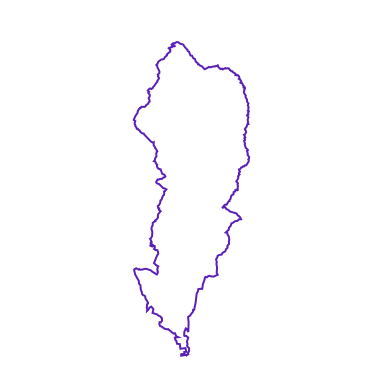 Gura Calitei, Vrancea, Romania, rotated 59°
{"feature_id": "2599482B12509876512521", "entity_name": "Gura Calitei", "entity_type": "district", "adm_level": 2, "iso_a3": "ROU", "parent_name": "Romania", "parent_adm1": "Vrancea", "projection": "natural_earth1", "projection_center": [26.933, 45.627], "detail": "fine", "context": "isolated", "style": "outline", "palette": "violet", "viewbox_px": 384, "rotation_deg": 59, "n_neighbors": 0, "source": "geoboundaries", "source_scale": "gbopen_adm2", "svg_char_len": 6024}
<svg xmlns="http://www.w3.org/2000/svg" viewBox="0 0 384 384"><g transform="rotate(59 192 192)"><path d="M326.7,285.6L328.8,280.6L329.2,280.7L329.1,278.7L327.8,278.6L327.2,276.9L325.2,275.3L323.9,275.0L322.0,275.6L321.3,275.4L320.0,274.1L317.6,273.4L314.9,270.2L312.2,271.2L311.7,272.4L311.2,272.7L308.0,270.7L305.7,267.6L306.7,267.0L309.3,267.3L309.4,266.8L302.6,262.4L297.0,259.6L297.0,257.1L296.4,256.4L295.1,252.7L293.6,251.8L294.1,251.1L293.9,250.6L288.6,245.8L281.6,240.4L280.0,237.9L278.5,236.7L279.3,234.5L280.3,233.4L280.2,233.0L276.9,230.4L273.6,226.4L272.1,225.1L271.7,224.2L272.8,223.2L272.5,221.5L272.8,220.1L273.7,219.6L275.6,217.2L276.2,212.6L274.1,212.5L269.6,209.4L266.2,208.1L264.9,206.9L262.0,206.0L261.3,204.3L259.9,202.9L260.0,201.0L260.9,198.9L259.9,197.1L260.0,194.1L258.5,192.2L258.3,190.7L257.8,190.0L256.8,189.8L256.1,188.7L255.7,187.1L253.4,185.9L251.9,184.5L249.3,183.4L246.9,183.5L245.1,182.8L244.1,183.9L243.2,179.8L241.7,178.7L240.9,176.2L239.2,174.3L239.5,173.0L239.2,169.9L240.0,168.4L240.1,167.5L239.6,166.1L240.6,164.0L238.7,163.8L236.3,164.3L235.9,164.8L233.3,164.9L228.4,169.4L225.9,170.2L224.4,171.3L222.1,171.4L221.3,173.7L220.9,173.7L220.9,173.0L220.2,171.7L219.9,170.2L220.7,168.8L219.2,166.2L218.9,165.3L219.1,164.5L218.4,164.2L217.8,162.6L215.8,160.7L215.2,159.3L215.4,157.6L213.6,156.5L213.5,155.2L213.8,154.7L212.6,153.6L212.9,152.7L213.9,152.1L213.9,151.8L211.3,150.3L210.8,149.7L209.0,149.1L208.2,148.1L205.8,148.6L204.1,145.4L202.9,144.4L202.2,144.4L201.4,142.2L200.8,142.5L199.9,142.0L199.3,140.4L198.6,140.6L196.9,140.1L197.2,139.5L196.8,137.9L196.3,137.2L196.6,136.2L196.3,134.9L196.9,134.3L196.4,133.0L197.1,131.8L195.0,127.7L193.8,126.9L193.0,126.9L192.9,126.2L191.6,125.0L188.6,125.2L187.8,124.4L185.1,123.7L185.1,122.7L184.4,122.4L181.9,123.2L178.6,122.4L177.8,121.7L174.8,120.9L174.7,119.8L174.1,119.3L172.8,119.4L172.5,118.1L169.8,118.0L170.0,117.0L168.5,114.7L166.5,114.2L165.7,114.5L165.0,113.9L164.2,111.6L162.5,109.7L162.9,108.7L161.1,108.3L160.8,107.7L159.5,107.5L158.2,106.6L157.0,105.1L155.7,104.9L154.8,105.5L154.2,104.6L154.3,103.6L153.1,103.2L152.3,101.9L151.1,102.3L150.9,101.5L149.3,100.7L148.6,99.9L146.4,99.5L145.1,98.0L143.0,98.3L140.8,97.2L138.9,97.3L137.6,96.9L137.0,96.2L134.3,96.4L132.9,96.0L132.3,95.1L131.4,94.8L130.7,93.4L129.5,92.8L129.2,93.1L129.4,93.7L129.1,94.0L128.5,93.9L127.6,93.0L126.2,93.4L125.4,93.0L124.1,93.1L123.8,93.9L123.2,94.2L122.3,92.8L121.2,92.7L119.2,93.6L119.0,92.6L116.4,92.2L115.3,92.7L115.2,93.4L114.4,93.5L114.1,94.5L113.5,94.0L112.6,94.0L110.1,95.3L109.3,95.2L108.7,96.1L107.5,96.3L106.9,96.8L105.2,96.7L104.2,97.8L103.8,99.2L103.0,99.5L102.8,102.1L102.1,102.4L102.3,103.0L101.5,103.4L101.2,104.4L100.4,104.4L98.6,105.1L96.7,104.7L96.8,105.9L96.3,106.5L96.2,107.9L95.6,108.5L94.4,112.4L93.5,113.0L93.5,116.9L93.2,118.0L89.5,118.7L87.4,120.2L86.4,120.2L85.7,121.1L84.3,120.7L83.3,121.3L82.1,121.6L79.4,121.0L78.1,122.0L75.2,121.8L74.1,123.0L70.2,122.3L69.0,123.0L67.8,122.7L64.2,123.5L61.4,123.6L60.5,124.0L58.9,125.7L56.4,126.7L55.5,128.2L55.7,130.1L54.8,131.3L55.1,133.4L55.9,133.2L57.5,131.6L58.1,131.7L58.0,132.3L57.3,133.1L57.5,134.2L56.7,134.3L57.2,135.9L57.1,136.8L56.6,137.2L56.7,137.9L58.6,137.3L58.9,137.8L60.1,137.9L60.4,138.4L61.1,142.8L62.0,143.1L62.5,146.0L63.4,147.2L63.2,148.9L62.6,150.2L62.8,152.4L63.1,154.0L64.2,155.4L64.7,157.1L65.9,156.8L66.7,157.3L71.8,157.8L73.2,158.7L73.8,160.9L74.8,160.9L75.5,161.7L77.2,161.5L77.9,162.2L78.8,164.4L79.6,164.9L80.5,167.5L81.6,169.6L82.0,171.2L82.7,172.2L82.8,173.8L81.7,174.5L81.6,175.7L82.3,177.7L84.2,177.2L84.5,178.4L87.2,178.2L88.5,179.3L89.2,180.9L91.4,181.1L92.7,181.8L92.7,182.8L93.7,183.9L93.9,186.5L94.7,187.9L94.6,188.9L92.9,191.5L93.5,192.8L93.2,193.3L93.6,193.7L93.5,194.6L94.9,197.0L96.1,197.9L97.8,201.5L100.2,204.8L102.1,204.1L103.0,205.4L104.6,206.2L105.2,206.0L106.4,206.7L107.5,206.4L109.4,206.8L109.9,205.9L111.4,205.9L112.1,205.2L113.9,205.3L115.6,204.7L117.2,203.2L117.9,203.4L127.7,201.2L129.7,200.0L129.7,199.2L132.2,200.8L134.3,200.6L135.4,201.0L136.6,200.6L139.1,200.8L139.0,201.3L139.8,201.7L140.5,202.8L143.2,204.2L144.0,206.1L145.8,207.7L146.0,208.7L147.3,207.8L149.1,208.2L150.7,207.8L152.0,208.9L154.1,209.0L155.2,208.4L155.5,207.9L156.1,207.8L156.4,207.2L161.0,208.2L163.1,206.7L164.9,206.8L165.3,207.9L164.8,209.1L165.3,210.9L164.3,212.8L164.3,214.1L163.5,215.1L165.1,217.7L166.4,217.6L168.3,216.1L173.8,214.7L174.7,213.7L176.5,212.6L177.3,214.8L177.2,215.7L179.0,216.6L180.2,217.8L180.3,219.0L182.8,221.9L183.0,223.4L184.7,224.6L186.2,226.8L186.4,228.5L188.2,229.2L189.0,228.6L189.3,229.1L190.0,229.0L190.3,229.5L192.3,228.8L193.4,232.0L194.1,233.0L196.4,234.4L197.3,236.6L197.4,238.3L198.2,238.5L198.0,240.3L198.3,241.6L200.1,242.7L201.7,245.0L202.9,245.8L205.8,246.6L209.3,249.0L210.6,251.3L210.5,252.0L214.1,252.3L214.5,252.7L214.1,253.3L214.8,253.9L217.2,252.9L216.4,254.0L216.3,255.2L216.6,255.4L218.3,254.1L218.4,253.3L219.4,251.9L220.8,252.8L221.3,253.9L223.1,253.0L224.1,251.6L226.8,252.3L227.9,253.1L228.2,254.3L233.4,261.2L235.7,260.6L238.2,259.3L238.3,260.0L239.4,260.4L240.3,261.6L242.0,262.0L242.4,262.5L243.1,262.5L244.1,263.6L244.6,264.6L239.8,267.1L237.9,267.7L234.4,270.7L233.8,271.6L232.6,275.2L231.6,276.8L231.0,276.9L231.1,277.6L228.6,279.2L228.7,280.0L228.5,281.1L228.9,281.7L233.5,283.2L240.8,283.4L243.3,284.6L245.2,284.2L249.4,286.2L251.7,286.5L253.5,287.3L255.0,287.2L256.4,286.1L257.4,285.9L259.2,286.7L264.1,286.7L264.9,287.2L265.0,288.3L265.3,288.6L266.7,289.3L267.6,290.3L269.3,290.7L270.8,291.8L270.4,290.1L269.2,288.0L269.3,285.9L272.5,285.4L275.4,288.1L279.0,284.9L280.3,284.6L282.7,283.0L283.8,283.2L284.6,282.8L286.8,283.9L287.1,284.4L287.7,285.9L286.9,286.8L287.2,287.2L288.4,288.0L290.3,288.4L292.2,287.1L294.8,286.1L297.0,284.0L297.2,283.1L303.8,280.8L304.3,279.3L307.7,279.8L309.3,278.6L308.0,281.7L310.0,282.4L311.5,282.1L314.4,283.0L316.1,280.8L320.4,282.7L322.4,278.1L325.9,279.1L325.2,281.1L326.8,281.6L325.5,284.8L326.7,285.6Z" fill="none" stroke="#5b21b6" stroke-width="2"/></g></svg>